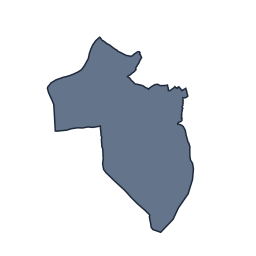 the district of Ogbomosho South, Oyo, Nigeria, rotated 35°
{"feature_id": "59680162B1338580155275", "entity_name": "Ogbomosho South", "entity_type": "district", "adm_level": 2, "iso_a3": "NGA", "parent_name": "Nigeria", "parent_adm1": "Oyo", "projection": "equal_earth", "projection_center": [4.225, 8.102], "detail": "fine", "context": "isolated", "style": "filled", "palette": "slate", "viewbox_px": 256, "rotation_deg": 35, "n_neighbors": 0, "source": "geoboundaries", "source_scale": "gbopen_adm2", "svg_char_len": 4604}
<svg xmlns="http://www.w3.org/2000/svg" viewBox="0 0 256 256"><g transform="rotate(35 128 128)"><path d="M39.2,141.7L42.8,144.7L50.3,149.1L53.8,151.4L70.2,172.2L72.0,171.0L78.8,165.1L82.3,160.8L86.4,156.9L90.9,153.9L94.5,150.2L98.8,147.7L104.3,142.3L104.9,143.0L105.4,143.8L106.3,144.9L107.3,146.0L107.8,146.5L108.0,146.6L108.2,146.9L108.6,147.5L109.3,148.4L110.0,149.4L110.6,149.9L110.9,150.0L111.2,150.2L111.8,150.6L112.2,151.3L112.4,151.8L112.6,152.3L113.3,153.3L113.9,154.1L114.6,154.8L115.1,155.6L115.7,156.2L116.3,157.0L117.1,158.1L117.6,158.4L118.2,158.9L118.3,158.9L118.6,159.1L119.1,159.5L119.7,160.1L120.4,161.0L121.6,162.5L122.8,164.2L123.5,165.2L125.0,166.8L127.8,172.0L131.9,176.0L135.6,177.2L147.3,179.1L160.9,180.9L165.8,182.0L170.4,183.1L178.9,184.6L189.3,185.7L195.8,186.8L196.5,188.6L199.0,191.0L201.8,193.7L204.0,196.1L206.7,196.9L214.6,194.7L217.3,177.0L215.1,164.6L215.0,147.4L210.4,133.2L205.0,123.9L201.2,120.0L197.6,118.4L194.7,115.4L191.4,110.8L189.4,107.8L187.4,106.2L186.4,105.4L185.4,105.3L184.3,104.2L182.7,103.0L182.1,102.5L181.9,102.2L181.2,101.7L179.7,100.5L178.1,98.9L176.5,97.3L174.7,96.2L172.5,95.2L170.5,94.9L168.3,95.5L166.9,95.9L166.5,96.4L166.2,96.0L166.1,95.2L166.3,93.9L167.1,93.2L167.5,92.6L167.5,92.1L167.7,91.6L167.8,91.3L167.8,90.9L167.7,90.6L167.5,90.4L167.4,90.3L167.3,90.1L167.2,90.0L167.0,89.9L166.7,89.8L166.5,89.7L166.4,89.6L166.2,89.4L166.3,89.2L166.5,88.8L166.2,88.6L165.6,88.4L165.4,88.2L165.2,88.1L165.0,87.7L164.9,87.4L164.9,87.1L164.8,86.8L164.6,86.5L164.5,86.3L164.4,86.2L164.3,86.3L164.1,86.3L164.0,86.1L163.9,85.9L163.8,85.7L163.6,85.3L163.5,85.1L163.4,84.7L163.1,84.3L163.0,84.2L162.9,84.1L162.8,83.8L162.7,83.5L162.7,83.2L162.5,82.7L162.3,82.3L162.1,82.1L162.0,81.9L161.9,81.7L161.7,81.5L161.6,80.4L160.4,80.0L160.1,79.3L160.0,78.2L159.2,77.0L159.2,76.8L159.0,76.5L158.9,76.3L158.9,76.0L158.8,75.8L158.7,75.7L158.4,75.5L158.2,75.3L158.1,75.1L157.9,74.9L157.8,74.6L157.6,74.3L157.5,74.0L157.4,73.8L157.1,73.6L156.0,72.5L155.6,71.7L157.2,70.8L157.7,70.3L158.2,69.1L158.7,67.7L158.0,66.9L156.4,65.7L154.8,64.1L152.5,62.4L152.3,63.0L151.6,64.5L151.3,65.1L151.1,65.7L150.8,66.5L150.5,66.4L150.1,66.2L149.8,66.1L149.3,65.9L148.9,65.9L148.5,65.8L148.0,65.6L147.5,65.4L147.2,65.4L146.8,65.5L146.5,65.4L146.3,65.3L146.0,65.1L145.8,65.5L145.8,65.8L145.8,66.0L145.7,66.6L145.4,66.6L145.4,66.8L145.3,67.0L145.2,67.0L145.2,67.5L144.7,67.5L144.0,67.5L143.3,67.4L142.7,67.2L142.6,67.7L142.6,68.2L142.4,69.1L142.2,69.7L141.6,71.3L141.3,72.4L141.0,72.9L140.5,73.6L140.3,73.9L140.0,74.0L139.6,74.1L139.4,74.1L139.3,73.9L139.2,73.6L138.8,73.0L138.5,72.7L138.2,72.4L137.7,71.9L137.1,71.6L136.5,71.1L135.9,70.3L135.6,70.2L135.3,70.6L134.8,71.2L134.0,71.9L133.2,72.5L132.2,73.2L131.6,73.7L131.4,73.9L130.4,74.6L129.9,74.9L128.9,75.0L128.4,75.0L128.2,75.0L127.6,75.1L127.0,75.4L126.5,75.8L126.1,76.1L125.8,76.4L125.2,77.1L124.7,77.9L124.2,79.1L123.7,80.1L123.6,80.4L123.4,81.2L123.3,81.4L122.9,82.3L122.7,83.4L122.6,84.5L122.2,84.3L121.2,84.4L120.6,84.5L119.7,84.7L118.8,84.8L118.4,84.8L117.2,84.8L116.5,84.8L115.8,84.9L114.9,85.2L114.3,85.3L113.5,85.7L112.7,86.0L111.7,86.4L110.7,86.8L110.2,86.9L109.5,87.4L108.9,87.7L108.5,87.8L107.6,87.7L106.6,87.5L105.8,87.3L104.6,87.2L103.7,87.1L102.3,86.7L101.5,86.4L100.4,86.0L100.1,86.0L99.5,86.3L98.5,86.3L98.1,86.2L98.4,84.7L99.1,83.8L99.5,82.5L99.8,81.6L99.9,80.7L100.3,79.7L100.6,78.8L100.8,78.1L100.9,77.3L100.9,76.5L101.1,75.6L100.8,75.4L100.6,75.2L100.0,74.6L99.8,73.8L99.8,72.1L99.6,70.6L99.6,68.5L99.1,66.4L98.7,62.4L96.3,61.1L95.9,60.9L95.7,60.8L95.3,60.9L95.0,60.7L94.9,60.5L94.9,60.4L94.8,60.1L94.8,59.6L94.6,59.4L94.4,59.3L93.8,59.1L93.4,59.1L93.1,59.3L92.6,59.6L92.4,59.9L92.0,60.4L91.4,62.0L90.8,63.4L90.6,64.3L90.2,65.7L89.8,67.0L89.4,67.6L88.6,67.8L87.3,68.6L86.3,68.8L85.5,69.4L85.0,69.6L84.2,69.7L83.2,69.8L81.6,70.1L80.7,70.1L80.0,70.3L78.9,70.4L77.4,70.7L75.8,70.9L75.1,70.8L74.9,70.7L74.2,70.6L73.8,70.6L73.4,70.6L73.0,70.7L72.4,70.8L71.9,70.9L71.4,70.8L71.0,70.8L70.3,70.8L70.0,70.9L69.6,70.8L68.8,70.8L68.2,70.7L67.4,70.7L66.9,70.6L65.8,70.6L65.0,70.6L64.4,70.7L64.1,70.8L63.6,70.8L63.1,70.8L62.7,71.0L62.3,71.0L62.1,71.2L61.8,71.0L61.4,70.9L61.0,71.0L60.6,70.9L60.1,70.8L59.5,70.8L58.9,70.8L58.4,70.8L57.8,70.8L57.4,70.8L57.1,71.0L56.7,71.0L56.2,71.0L55.5,70.7L54.9,70.4L54.3,70.2L53.2,69.9L52.7,69.9L51.6,74.6L51.4,76.2L51.6,77.5L51.4,79.4L52.2,84.3L53.5,88.8L54.5,91.1L55.7,94.0L56.3,99.4L56.6,102.5L56.5,105.3L56.5,106.9L54.9,110.8L52.5,115.0L49.9,118.9L47.6,121.7L45.8,123.7L41.4,129.9L39.0,135.4L39.0,137.5L38.7,140.1L39.2,141.7Z" fill="#64748b" stroke="#1e293b" stroke-width="1.5"/></g></svg>